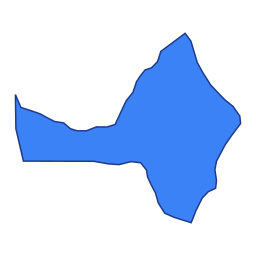 Coqueiro Seco, Alagoas, Brazil
{"feature_id": "56859067B38528567651193", "entity_name": "Coqueiro Seco", "entity_type": "district", "adm_level": 2, "iso_a3": "BRA", "parent_name": "Brazil", "parent_adm1": "Alagoas", "projection": "mercator", "projection_center": [-35.809, -9.641], "detail": "fine", "context": "isolated", "style": "filled", "palette": "blue", "viewbox_px": 256, "rotation_deg": 0, "n_neighbors": 0, "source": "geoboundaries", "source_scale": "gbopen_adm2", "svg_char_len": 789}
<svg xmlns="http://www.w3.org/2000/svg" viewBox="0 0 256 256"><path d="M191.2,222.7L195.9,210.7L202.3,197.9L208.3,191.7L215.6,188.2L216.5,180.6L214.9,169.7L216.5,161.1L225.2,144.7L231.3,135.9L236.2,129.4L240.6,123.6L239.8,116.1L233.1,106.5L225.5,100.4L220.2,95.1L210.5,84.8L202.6,72.2L197.3,62.7L190.9,41.2L185.1,33.3L160.8,51.4L157.6,61.6L151.5,67.8L145.1,69.9L140.5,75.7L136.6,81.5L132.9,92.4L126.1,100.9L115.1,124.5L106.8,127.0L96.4,126.9L86.4,130.8L77.1,130.8L70.4,128.7L63.6,122.9L54.6,121.5L46.7,117.5L40.3,113.9L20.9,107.4L15.4,94.6L15.9,128.7L23.4,161.1L93.9,161.3L108.6,163.9L119.0,164.6L131.1,161.6L140.7,162.8L146.5,170.1L147.6,177.0L151.2,184.9L155.5,193.0L158.3,203.0L164.7,213.2L174.0,217.3L181.6,219.7L191.2,222.7Z" fill="#3b82f6" stroke="#1e3a8a" stroke-width="1.5"/></svg>